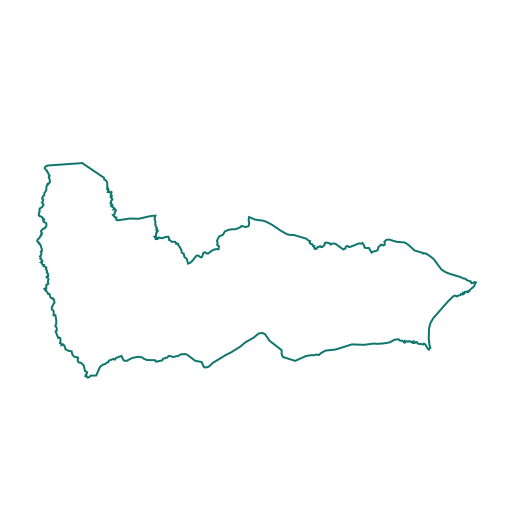 outline of Pech Chreada, Môndól Kiri, Cambodia, rotated 175°
{"feature_id": "14789045B57856207537526", "entity_name": "Pech Chreada", "entity_type": "district", "adm_level": 2, "iso_a3": "KHM", "parent_name": "Cambodia", "parent_adm1": "Môndól Kiri", "projection": "mercator", "projection_center": [107.158, 12.644], "detail": "fine", "context": "isolated", "style": "outline", "palette": "teal", "viewbox_px": 512, "rotation_deg": 175, "n_neighbors": 0, "source": "geoboundaries", "source_scale": "gbopen_adm2", "svg_char_len": 6110}
<svg xmlns="http://www.w3.org/2000/svg" viewBox="0 0 512 512"><g transform="rotate(175 256 256)"><path d="M39.3,210.5L40.7,211.0L40.9,210.6L43.4,210.0L44.4,211.2L44.3,211.9L47.9,213.5L49.3,215.0L51.7,215.7L54.5,217.4L64.2,221.2L68.6,223.4L72.4,226.3L79.4,237.6L83.0,241.0L86.8,243.9L88.3,243.8L89.1,244.3L89.5,244.0L90.9,245.1L97.5,247.6L103.5,254.1L106.7,256.5L114.7,257.9L122.0,260.8L124.8,260.7L126.9,259.0L126.6,256.8L127.0,255.9L128.3,255.4L130.3,256.5L133.4,254.0L134.3,251.3L136.2,250.5L139.0,250.2L140.6,249.3L142.8,254.2L145.0,254.2L147.1,254.9L147.4,257.1L148.9,259.7L150.0,259.1L152.2,259.6L160.8,257.0L162.6,256.8L164.0,258.0L164.8,257.9L165.8,257.3L166.3,255.7L168.5,254.9L175.9,261.3L178.7,261.8L180.7,260.9L181.5,262.3L185.1,263.3L186.4,262.9L186.5,261.5L189.0,259.2L190.4,259.2L190.6,260.0L191.4,260.2L192.5,259.6L193.8,259.6L195.1,257.9L196.7,257.9L197.1,258.3L196.8,259.3L197.6,260.0L197.3,261.0L198.4,261.1L198.9,262.8L200.1,263.0L201.4,264.3L200.8,266.1L202.1,266.6L204.5,268.9L216.4,273.6L221.2,274.2L223.9,275.4L229.5,279.3L237.0,285.5L242.7,289.2L246.1,290.6L253.6,292.3L259.5,295.4L260.2,292.6L259.9,289.2L260.6,286.8L261.3,286.2L263.9,285.8L267.8,287.2L268.9,286.1L273.7,284.5L278.9,284.7L281.6,284.3L285.0,283.1L287.1,280.0L291.0,278.7L293.6,274.6L293.1,272.4L293.7,270.3L292.2,269.2L292.1,268.5L292.8,265.9L294.7,266.3L297.0,266.1L299.2,265.3L303.6,262.6L304.7,262.8L306.5,264.2L307.6,264.0L308.6,262.8L309.7,260.0L310.6,259.4L311.4,259.6L313.7,261.6L315.4,261.4L320.3,256.3L322.1,255.0L324.3,254.3L325.4,259.5L327.4,261.2L327.8,264.7L329.0,265.2L329.8,266.2L329.7,268.1L330.8,270.8L332.7,274.2L332.6,275.0L334.5,275.1L334.5,276.0L335.3,277.2L338.8,277.5L340.1,279.1L341.1,279.4L341.3,282.2L341.8,282.9L345.0,282.8L347.9,281.8L351.3,282.9L352.5,282.5L352.2,282.0L352.5,281.5L354.5,281.6L354.8,282.7L354.5,283.3L355.3,284.1L353.8,284.4L353.7,286.8L352.9,287.7L353.0,288.4L351.7,289.4L352.6,290.1L352.2,290.7L353.0,291.2L352.3,292.6L353.3,294.0L353.2,295.6L353.7,296.3L353.2,298.9L353.8,302.1L352.7,305.0L357.3,305.0L369.7,303.3L378.5,304.3L390.7,303.6L392.1,304.3L391.8,306.6L393.2,306.9L394.9,309.3L394.0,309.4L393.1,310.2L392.9,311.7L391.6,313.4L391.9,314.5L393.9,314.7L393.0,315.9L394.9,317.5L394.5,319.1L394.9,319.5L395.8,319.0L395.5,320.8L396.3,321.3L395.6,322.4L395.5,323.6L394.2,324.8L394.3,325.7L395.6,326.9L394.6,328.0L395.4,328.6L394.6,329.1L395.2,330.4L394.3,332.2L394.6,332.5L395.1,332.1L396.5,332.2L396.9,333.3L397.0,332.6L398.0,332.6L397.6,333.5L398.1,334.9L397.2,334.5L397.5,336.4L398.2,336.6L397.8,342.4L399.1,344.5L400.6,345.7L400.5,347.1L421.0,363.7L455.6,364.3L458.1,363.3L458.9,362.0L457.5,359.6L456.9,359.4L456.4,358.1L456.5,357.5L455.6,356.5L455.3,354.7L454.6,353.8L455.4,353.1L455.6,352.0L455.0,351.4L454.8,347.5L456.2,346.2L457.2,346.2L457.5,345.6L457.3,345.2L457.9,345.0L458.9,342.6L459.1,340.1L461.3,337.1L461.4,335.8L462.1,334.5L463.0,334.2L464.1,331.9L463.1,330.9L463.8,328.5L464.6,328.0L463.2,325.5L465.0,323.2L467.3,322.2L467.8,320.6L467.6,319.2L468.5,317.9L468.3,317.3L468.9,315.5L468.2,314.6L466.3,313.9L464.8,312.1L465.1,310.9L464.6,310.6L464.1,310.9L464.0,310.5L464.8,309.3L464.7,308.7L462.1,307.0L462.1,304.7L463.1,302.7L463.9,302.7L464.4,301.9L465.8,301.6L467.8,299.8L468.0,298.9L467.3,297.6L467.4,296.7L468.3,296.3L468.2,295.2L469.4,294.3L470.1,292.9L472.1,291.4L472.7,290.1L471.7,288.5L470.9,288.1L471.0,287.0L469.9,286.4L468.7,281.2L469.0,279.5L470.0,279.1L469.5,277.0L470.2,275.4L471.3,274.4L470.7,273.8L470.6,272.7L471.1,272.2L469.9,271.0L469.9,270.0L469.3,269.5L470.8,268.4L469.8,267.9L470.0,267.3L469.4,265.9L468.0,265.5L468.4,264.3L466.4,263.3L465.8,262.2L466.5,261.0L465.5,259.5L465.8,257.5L464.7,256.5L464.8,254.1L465.8,254.1L466.5,253.2L465.2,252.1L464.7,251.0L465.6,248.8L465.3,246.5L466.2,246.4L466.3,245.8L467.5,245.3L467.7,242.6L469.7,241.7L469.0,240.6L468.1,240.9L468.4,239.7L467.0,238.1L466.5,236.4L465.1,236.2L464.6,233.4L463.9,232.1L462.1,231.6L462.0,230.6L461.1,230.3L460.8,227.0L461.6,226.4L464.0,222.5L464.0,220.5L462.7,219.2L462.3,218.1L462.9,214.6L461.0,214.5L460.6,208.8L461.1,205.3L462.0,203.8L460.8,201.8L460.8,200.7L461.1,198.8L462.1,198.6L462.2,198.1L460.1,191.5L459.0,191.9L458.1,191.0L458.1,188.4L458.9,186.4L457.5,185.6L457.7,184.1L455.5,184.6L454.1,181.7L454.2,180.2L453.6,179.5L450.5,177.6L448.0,177.2L447.6,174.1L446.3,172.0L445.6,171.4L442.1,170.3L442.8,167.6L442.6,166.9L442.1,165.5L439.6,164.8L437.2,162.1L436.3,156.1L434.8,155.6L434.5,154.9L434.6,153.9L436.1,152.4L436.4,151.0L436.0,150.7L435.2,151.1L434.2,149.5L433.1,149.7L431.0,151.2L425.6,150.9L421.0,159.2L418.0,161.1L415.7,161.5L413.8,162.9L412.5,163.0L411.7,164.4L409.9,165.2L409.0,165.2L407.2,166.0L405.6,165.1L404.2,166.7L398.7,168.1L397.3,164.2L396.5,163.3L395.6,163.0L394.0,162.8L388.2,165.2L382.3,165.9L378.4,165.0L376.8,163.5L373.8,161.9L365.6,161.0L364.7,159.4L358.5,160.2L357.5,161.8L355.6,162.0L354.9,162.5L353.3,162.5L351.8,164.0L350.4,163.9L347.4,162.6L341.7,163.4L339.4,164.6L335.1,164.5L332.9,163.4L325.8,157.0L319.4,155.1L317.7,150.1L316.6,149.4L314.0,149.5L312.3,150.1L308.7,153.1L294.8,160.0L289.0,162.3L279.6,167.1L274.0,171.0L265.8,174.7L260.2,178.5L258.4,178.8L255.9,178.6L253.8,177.3L249.8,170.3L238.7,160.0L239.0,155.7L237.9,153.0L226.1,148.1L215.0,152.0L209.6,152.4L206.5,152.1L204.4,152.6L201.9,151.9L199.7,153.6L195.1,155.7L184.8,155.9L168.1,159.6L156.2,158.1L146.6,158.5L142.7,157.9L136.5,157.8L130.2,158.3L125.7,160.4L122.2,160.7L121.1,160.5L119.9,159.1L117.5,158.8L116.1,157.3L115.4,158.1L115.1,156.9L113.6,158.1L112.2,157.3L110.7,157.9L109.2,156.9L107.1,157.2L107.8,156.1L106.8,155.5L106.3,155.5L106.5,156.3L105.5,156.2L105.2,155.8L104.1,156.4L103.2,156.1L102.7,154.9L101.1,154.1L99.7,154.1L97.2,153.3L96.4,154.1L96.0,153.9L95.0,153.0L92.8,148.4L92.0,147.7L91.5,148.6L90.3,149.2L91.0,152.2L91.1,158.9L89.9,168.8L88.1,174.0L84.9,178.5L69.2,193.6L63.1,198.6L61.3,199.2L59.1,198.2L58.7,198.8L55.9,199.2L55.0,199.7L55.0,200.2L53.2,199.8L53.0,201.2L51.7,200.5L51.3,202.0L50.9,202.1L49.3,202.1L48.9,201.5L47.8,201.5L47.9,202.4L46.3,202.7L46.1,203.4L41.6,206.6L39.3,210.5Z" fill="none" stroke="#0f766e" stroke-width="2"/></g></svg>